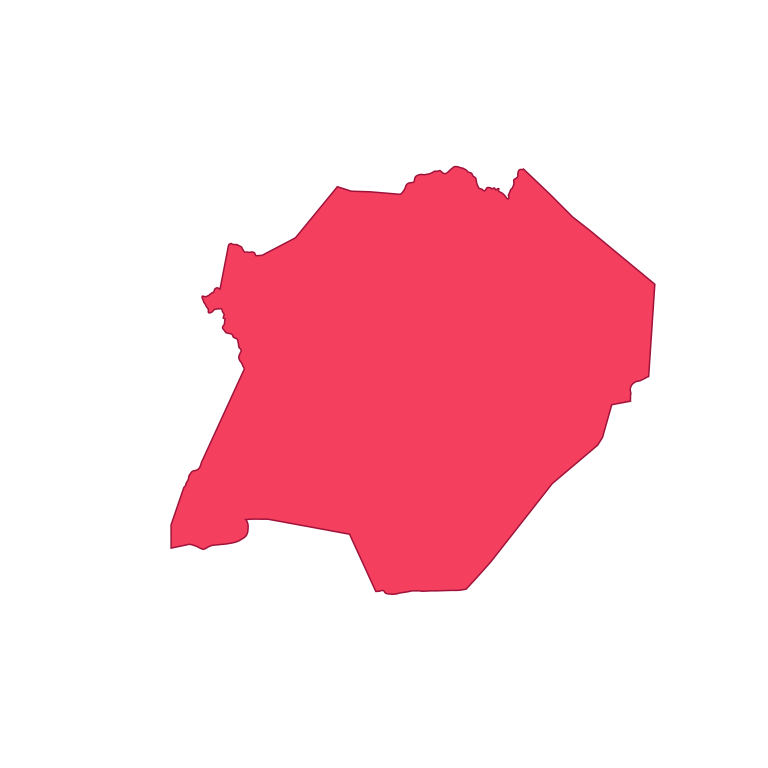 Lepaterique, Francisco Morazán, Honduras, rotated 228°
{"feature_id": "27666195B26269396586320", "entity_name": "Lepaterique", "entity_type": "district", "adm_level": 2, "iso_a3": "HND", "parent_name": "Honduras", "parent_adm1": "Francisco Morazán", "projection": "natural_earth1", "projection_center": [-87.431, 14.064], "detail": "fine", "context": "isolated", "style": "filled", "palette": "rose", "viewbox_px": 768, "rotation_deg": 228, "n_neighbors": 0, "source": "geoboundaries", "source_scale": "gbopen_adm2", "svg_char_len": 6123}
<svg xmlns="http://www.w3.org/2000/svg" viewBox="0 0 768 768"><g transform="rotate(228 384 384)"><path d="M180.3,344.0L197.4,442.4L195.6,501.9L198.1,510.7L216.2,539.4L206.3,555.7L207.6,556.8L209.2,558.3L210.8,559.8L211.6,561.0L211.9,561.2L214.8,563.0L215.4,563.5L216.0,564.3L216.7,565.4L217.3,566.8L217.6,567.9L217.7,568.8L217.6,570.4L217.5,571.3L217.3,572.2L216.8,573.6L216.2,574.6L215.4,575.8L215.0,576.7L213.5,582.0L213.1,584.2L212.9,584.7L212.4,585.6L276.9,652.0L361.2,639.6L382.0,635.9L413.7,634.3L450.4,631.5L450.4,631.0L450.5,630.7L451.2,630.0L452.0,629.1L452.3,628.7L452.5,628.0L452.5,627.2L452.4,626.8L452.3,626.4L451.2,624.7L450.6,624.0L449.2,622.9L448.8,622.4L448.6,621.9L448.5,621.4L448.4,620.7L448.6,619.3L448.9,617.9L448.9,617.4L448.8,617.0L448.6,616.7L448.4,616.5L446.1,614.7L445.7,614.3L445.3,613.8L443.6,610.0L443.6,609.6L443.7,609.0L443.7,608.6L443.6,608.0L443.3,607.4L443.1,607.0L442.7,606.7L442.4,605.7L442.0,604.8L441.1,602.8L440.8,602.5L440.4,602.5L440.0,602.3L439.4,601.9L439.1,601.6L438.7,601.1L438.6,600.7L438.5,600.3L438.6,600.0L439.0,599.7L439.6,599.5L441.1,599.7L444.3,599.8L446.4,599.6L447.5,599.3L449.9,598.3L450.6,598.1L450.8,598.2L451.0,598.4L452.0,599.9L452.3,600.0L452.6,599.9L452.9,599.6L453.1,599.1L453.2,598.7L453.2,597.5L453.3,597.1L453.6,596.9L454.2,597.0L454.7,597.1L455.3,597.3L455.5,597.3L455.8,597.2L456.0,597.0L456.3,596.4L456.4,595.9L456.4,595.4L456.5,595.1L457.2,594.8L458.3,594.5L460.0,593.3L460.4,592.9L460.8,592.2L461.0,591.5L460.9,591.2L460.6,590.7L460.5,590.3L460.3,589.6L460.2,588.5L460.3,587.9L460.4,587.7L460.8,587.5L461.7,587.3L462.3,587.2L463.1,587.2L465.0,586.0L465.5,585.7L466.3,585.7L467.3,585.9L468.9,586.4L470.5,587.0L471.9,587.7L475.2,589.8L475.5,589.9L476.0,590.0L476.7,589.9L477.2,589.8L477.9,589.4L478.7,589.3L479.2,589.4L481.0,589.9L481.7,590.0L482.2,590.0L482.6,589.9L483.0,589.7L485.2,588.3L485.4,588.3L486.1,588.4L487.8,588.3L489.5,587.8L491.2,587.2L491.6,587.0L492.6,586.2L495.5,584.5L496.3,584.0L497.3,583.1L497.9,582.5L498.2,582.2L498.4,581.7L498.5,581.2L498.7,579.8L498.8,576.3L498.8,575.3L498.7,574.1L498.7,573.3L498.8,571.7L499.0,571.0L499.2,570.5L499.5,570.1L499.9,569.7L500.3,569.5L500.8,569.2L501.8,568.9L504.7,568.6L505.0,568.5L505.3,568.2L506.8,565.3L506.9,565.1L507.3,565.1L507.6,564.9L507.9,564.5L508.2,564.0L508.6,562.8L508.8,561.3L509.0,560.7L509.7,558.7L510.3,557.4L511.2,556.2L512.6,553.8L514.9,551.9L516.2,549.7L516.8,547.9L516.9,547.2L517.0,546.5L516.9,546.0L516.7,545.4L516.2,544.5L514.5,542.1L514.3,541.6L514.1,541.2L514.3,540.6L516.2,537.8L516.6,537.1L516.9,536.6L517.0,536.1L517.1,535.2L517.0,534.2L516.8,533.2L516.6,532.7L516.0,531.9L515.5,530.8L514.9,529.4L514.5,527.9L514.0,525.8L514.0,524.3L514.0,523.1L536.3,502.1L549.2,488.7L561.8,481.4L551.9,416.0L561.2,379.5L561.8,378.8L563.2,376.9L564.6,375.2L565.2,374.6L565.3,374.6L565.5,374.8L566.8,375.0L567.4,375.4L567.8,375.5L568.5,375.5L568.9,375.4L569.2,375.2L570.8,373.9L571.2,373.3L571.7,372.3L572.1,371.8L572.5,371.5L573.3,370.9L574.0,370.3L574.5,369.4L575.0,368.8L575.2,368.7L575.6,368.7L577.7,368.9L580.3,369.6L580.8,369.7L581.5,369.7L582.2,369.5L583.7,368.8L585.3,368.3L586.2,367.8L588.1,365.7L589.4,364.9L590.1,364.6L590.7,364.5L591.3,363.0L591.4,362.1L591.0,361.1L564.3,325.7L566.9,324.7L567.3,324.1L567.6,323.4L567.7,323.1L567.8,322.5L567.7,321.9L567.6,321.3L567.3,320.8L566.8,320.0L566.5,319.4L566.3,319.0L566.3,318.6L566.3,318.2L566.8,317.6L566.9,317.0L566.9,315.6L567.2,314.1L567.1,313.8L567.0,313.3L567.0,313.1L567.8,310.8L568.3,309.8L569.4,308.8L569.8,308.6L570.3,308.4L570.7,308.0L570.7,307.7L570.7,307.4L570.5,307.1L570.1,306.8L569.1,306.3L567.3,305.7L566.1,305.1L565.1,304.8L564.2,304.6L562.9,304.5L561.7,304.3L561.2,304.1L560.5,303.8L560.0,303.7L558.6,303.7L557.1,303.4L556.6,303.1L555.1,301.6L554.6,301.4L554.2,301.4L553.9,301.6L553.5,302.1L553.0,302.9L552.8,303.4L552.7,304.1L552.6,305.0L552.7,306.1L552.8,307.5L552.7,308.0L552.5,308.5L551.7,309.7L550.8,311.3L550.5,311.5L550.1,311.7L549.8,312.0L549.7,312.3L549.6,312.7L549.4,313.0L549.1,313.2L548.8,313.3L548.3,313.4L547.8,313.3L547.4,313.2L546.5,312.7L545.8,312.4L544.8,312.2L543.7,312.1L543.2,311.9L542.8,311.7L542.5,311.5L542.2,311.2L541.2,309.4L540.8,309.0L540.6,308.7L540.3,308.7L539.9,308.8L539.7,308.9L539.2,309.3L538.8,309.4L538.5,309.4L538.4,309.2L538.1,308.7L537.4,307.7L535.3,305.5L534.5,302.4L534.0,301.8L533.5,301.4L533.0,301.3L530.0,301.1L528.7,300.9L528.0,300.9L527.4,301.1L526.7,301.8L525.6,302.4L524.0,303.6L522.9,304.2L522.5,304.2L521.9,304.1L521.4,304.0L520.6,303.6L519.9,303.5L519.4,303.4L519.1,303.5L518.4,303.8L516.2,304.8L515.8,304.9L515.3,304.9L514.8,304.7L514.0,304.3L511.5,302.8L509.7,301.6L508.4,300.8L507.9,300.7L507.4,300.6L506.4,300.8L505.8,300.8L505.1,300.6L504.5,300.3L504.2,300.0L503.9,299.6L503.5,298.3L502.7,296.8L502.2,295.4L501.7,294.6L501.5,294.4L499.9,293.1L497.9,292.5L495.6,292.3L494.2,292.0L492.9,291.6L491.7,291.1L490.3,290.9L489.7,290.7L489.1,290.4L488.5,290.0L447.8,195.7L446.4,193.6L446.0,192.5L445.7,192.0L445.3,191.4L445.1,189.8L445.1,188.6L445.3,187.3L445.9,186.1L446.4,185.2L447.0,184.1L447.3,183.2L447.4,182.3L446.9,179.9L446.6,178.8L446.3,177.7L445.5,176.7L444.9,175.9L444.3,175.1L443.5,173.3L443.2,172.1L442.4,170.0L441.6,169.3L441.3,168.3L441.1,167.2L441.0,166.0L421.8,131.5L404.5,116.0L397.0,128.8L395.3,131.9L393.4,133.5L388.8,136.1L384.0,137.9L381.9,139.2L381.1,141.4L380.5,144.7L379.0,148.5L376.4,152.0L370.9,159.4L367.5,164.7L365.9,167.7L364.5,171.2L363.9,174.5L363.4,177.3L363.4,179.4L363.8,181.1L365.1,183.6L367.0,185.7L369.4,188.1L371.2,189.3L373.4,190.2L374.6,190.6L375.8,190.6L371.8,195.6L361.3,207.2L295.4,257.9L235.3,239.1L233.2,241.7L232.7,242.8L232.1,244.0L231.5,244.8L231.2,245.2L230.8,245.3L230.2,245.4L229.7,245.4L228.5,245.1L227.6,245.2L227.2,245.3L226.4,245.8L225.0,246.8L224.6,247.2L223.9,248.0L222.1,249.5L219.7,252.7L218.2,255.8L217.4,256.9L215.4,260.0L213.9,262.3L212.1,265.4L211.5,266.4L208.7,269.6L206.5,272.0L205.9,272.5L205.1,273.1L204.1,274.1L198.6,280.8L195.0,284.8L185.7,295.8L181.7,300.2L180.5,301.8L179.2,303.5L178.1,305.4L176.6,307.8L177.8,321.2L180.3,344.0Z" fill="#f43f5e" stroke="#9f1239" stroke-width="1.5"/></g></svg>